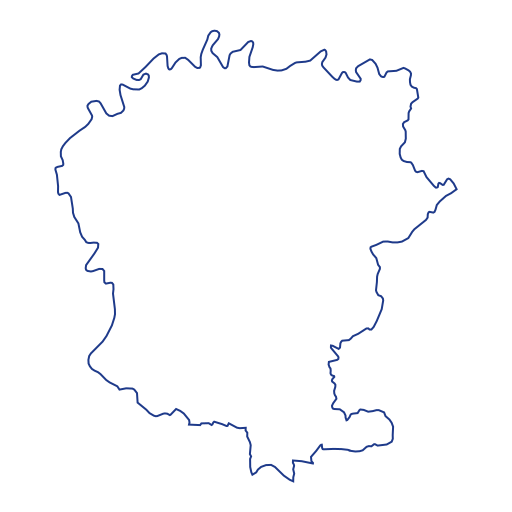 Lang Giang, Bắc Giang, Vietnam
{"feature_id": "81297802B94506734482800", "entity_name": "Lang Giang", "entity_type": "district", "adm_level": 2, "iso_a3": "VNM", "parent_name": "Vietnam", "parent_adm1": "Bắc Giang", "projection": "mercator", "projection_center": [106.283, 21.368], "detail": "fine", "context": "isolated", "style": "outline", "palette": "blue", "viewbox_px": 512, "rotation_deg": 0, "n_neighbors": 0, "source": "geoboundaries", "source_scale": "gbopen_adm2", "svg_char_len": 5908}
<svg xmlns="http://www.w3.org/2000/svg" viewBox="0 0 512 512"><path d="M252.4,474.7L256.2,472.4L257.9,469.6L261.1,466.9L266.0,465.1L271.1,464.9L275.0,467.0L283.8,475.6L289.8,479.8L293.2,481.3L293.3,477.2L294.2,473.6L293.2,469.3L294.1,465.8L293.8,464.4L292.9,462.8L293.0,460.5L301.7,461.2L312.9,463.5L313.0,463.0L311.4,461.1L311.0,456.9L316.2,450.9L320.3,445.4L321.1,444.8L321.8,444.7L322.1,447.8L322.7,449.1L323.7,449.3L333.8,448.9L341.5,449.1L347.8,449.8L349.6,450.3L349.6,450.7L355.4,451.5L359.7,451.2L362.7,450.3L366.6,446.8L368.8,446.1L371.4,446.3L374.1,444.2L375.0,444.2L377.6,445.6L386.7,444.5L391.7,441.7L392.8,438.8L392.7,435.1L393.1,426.7L391.6,422.7L389.4,419.5L385.5,416.1L384.1,412.4L378.7,410.1L376.6,410.1L372.8,411.1L368.2,411.7L363.7,409.9L360.3,409.5L359.5,410.1L357.6,413.1L353.1,413.6L351.4,414.0L350.6,414.7L349.6,417.0L347.3,420.0L346.5,420.3L345.6,417.6L345.5,415.5L344.0,412.3L339.8,409.3L334.1,409.0L332.8,408.5L332.1,406.9L332.0,405.7L333.2,403.2L336.4,398.8L336.0,396.7L335.0,395.3L334.3,393.5L334.1,390.9L335.3,386.9L335.4,384.8L334.6,383.5L332.1,381.5L331.9,380.5L332.3,379.2L334.3,376.9L334.1,376.1L332.2,375.5L331.0,374.6L330.5,373.2L330.7,370.7L330.5,368.5L329.5,367.2L328.6,364.5L328.9,361.9L337.1,359.9L338.3,359.0L338.5,357.5L338.2,356.5L331.1,348.0L330.9,347.3L331.0,345.5L332.7,345.8L338.6,348.9L340.0,347.6L340.4,343.3L341.2,341.7L342.2,340.7L348.9,340.1L350.7,338.7L352.9,336.2L358.2,333.8L366.4,328.5L368.3,328.4L369.5,329.5L371.4,329.5L373.7,326.9L376.8,320.9L381.7,309.2L383.2,300.5L382.9,298.5L381.1,296.2L378.3,295.2L376.5,292.0L376.0,290.3L376.9,282.1L377.1,276.6L377.7,274.0L379.9,268.9L379.9,267.1L378.1,264.8L376.3,258.1L373.1,254.4L371.5,251.6L370.4,248.8L370.6,247.3L371.4,246.7L376.3,244.9L383.2,241.6L387.7,241.5L392.6,242.4L397.5,242.4L401.9,241.6L408.3,238.1L412.3,231.7L414.4,229.2L426.0,219.9L427.6,217.6L427.8,214.2L428.5,212.5L429.2,211.9L429.8,211.9L433.3,212.6L434.5,211.9L435.5,209.7L436.8,205.0L439.8,201.4L446.0,195.9L451.1,193.2L456.6,189.2L453.7,183.5L450.2,179.3L448.5,178.6L447.1,179.3L443.7,184.8L442.6,184.9L440.2,183.2L439.1,182.9L438.4,183.7L437.8,187.0L436.8,187.6L435.8,187.6L433.8,185.8L426.5,177.1L423.6,171.2L421.9,170.9L417.4,172.2L416.1,171.8L415.1,170.7L412.9,165.1L411.2,162.6L410.3,162.2L406.9,162.0L403.6,161.0L401.8,159.7L400.6,157.4L399.7,153.9L399.8,148.9L401.1,146.3L404.9,142.3L405.8,138.7L405.7,131.6L405.3,130.2L403.1,126.5L402.9,124.0L404.1,122.2L407.7,120.4L408.5,119.4L408.6,113.0L409.2,111.3L411.1,108.5L410.5,106.6L411.1,103.7L412.5,102.2L417.7,98.6L418.3,97.6L416.9,89.1L416.1,88.2L413.9,87.7L411.8,86.6L410.5,84.8L410.0,82.2L409.9,79.2L410.9,75.3L411.0,73.5L410.1,71.7L408.6,70.4L405.2,68.5L403.5,67.9L396.4,70.8L387.9,71.4L386.6,72.4L384.4,76.7L383.8,77.0L382.3,76.9L381.0,76.3L379.2,74.0L377.5,67.7L375.6,63.8L372.2,60.0L369.9,59.4L358.1,66.2L356.1,68.3L355.8,70.2L356.1,72.1L360.7,78.8L360.6,80.2L359.7,81.6L356.9,81.6L350.3,80.0L348.0,77.5L345.7,72.9L344.9,72.2L343.9,72.0L342.7,72.2L341.9,73.1L338.5,79.4L337.5,79.9L336.3,79.9L334.5,78.8L332.3,76.8L323.4,67.3L322.2,65.6L321.9,64.0L322.3,62.1L325.5,57.6L326.5,54.4L326.1,51.4L325.2,50.1L324.4,49.7L320.7,51.4L310.2,60.6L305.5,61.7L296.6,62.4L295.1,62.9L290.2,65.9L286.4,68.8L281.6,70.4L277.6,70.6L273.0,69.9L262.7,66.5L253.9,67.1L251.6,66.9L250.4,66.5L249.4,65.3L249.0,62.5L249.4,56.9L252.7,47.3L253.3,44.1L253.1,42.5L252.2,41.4L251.0,41.0L248.2,42.0L240.5,50.0L232.7,51.8L230.5,53.6L229.6,55.2L227.4,66.5L225.8,68.2L224.6,68.2L223.0,67.0L217.3,57.1L212.6,53.1L211.3,50.8L211.2,48.7L212.0,46.7L212.8,45.2L218.0,39.1L219.1,36.5L219.4,34.5L218.9,32.8L216.9,31.1L214.4,30.7L212.2,31.2L210.7,32.2L208.3,35.6L207.3,39.6L202.8,49.7L201.3,53.9L200.7,57.2L200.9,65.3L200.1,67.5L199.4,67.9L197.3,68.0L195.1,66.8L188.2,59.9L185.2,57.8L181.7,57.9L179.3,58.9L175.5,62.5L171.8,68.2L170.9,69.1L169.7,69.5L168.9,69.2L168.3,68.3L167.6,66.0L167.0,56.4L166.6,55.0L165.5,53.5L162.0,53.3L158.8,54.4L153.6,58.5L145.6,66.9L138.5,73.5L132.8,74.8L131.9,76.1L131.8,77.2L133.2,78.5L136.5,79.9L139.0,80.0L140.7,79.2L143.4,74.6L146.0,73.6L148.1,74.5L148.8,75.7L148.9,77.6L147.7,81.6L144.8,85.7L141.8,88.2L139.2,89.5L133.2,89.3L130.3,88.6L122.7,84.6L121.1,84.4L120.0,85.6L119.6,89.7L120.5,95.1L124.3,107.1L124.1,108.8L123.4,110.5L120.9,112.9L117.5,113.8L112.5,116.1L109.1,115.7L106.3,113.4L100.6,103.3L99.0,101.5L96.5,100.9L91.3,101.7L88.5,104.0L87.5,105.6L87.5,106.8L87.9,108.1L92.0,115.5L92.2,116.7L91.6,119.2L88.3,123.9L85.3,126.8L79.5,130.7L70.1,138.0L65.5,142.8L62.9,146.2L61.3,149.3L60.8,151.9L60.9,156.3L62.7,160.2L63.3,163.7L63.2,164.9L62.1,165.9L57.5,166.9L56.0,167.6L55.5,168.1L55.4,169.6L56.9,174.7L58.1,186.2L58.0,192.1L58.4,193.7L59.5,194.9L65.4,192.9L67.4,192.8L68.5,193.4L71.0,197.0L72.8,208.6L73.0,212.8L74.3,217.0L78.4,223.4L80.2,232.3L82.1,236.8L84.8,239.8L86.3,242.2L88.2,242.9L90.2,243.0L93.7,242.6L97.0,242.8L98.3,244.0L98.0,247.7L94.4,253.5L86.1,265.1L85.7,268.1L86.0,269.7L87.4,270.9L90.9,271.5L93.0,271.1L99.2,268.9L102.5,269.0L104.2,271.0L104.2,280.6L104.4,282.3L105.9,283.6L110.5,282.7L112.0,282.9L113.3,284.5L113.5,289.2L113.0,293.6L114.9,309.2L115.0,314.2L114.3,317.9L111.9,325.4L106.5,336.0L102.6,341.6L90.9,353.4L89.2,356.0L88.4,359.9L88.6,363.6L89.9,366.3L91.9,368.9L94.5,370.6L98.0,372.2L100.5,374.1L106.2,380.0L109.6,382.4L117.3,386.3L119.5,389.6L126.2,388.3L132.5,388.6L134.3,389.6L137.0,393.1L137.6,402.6L146.3,409.7L149.5,413.1L153.9,415.7L155.7,416.2L157.2,416.1L163.2,413.7L164.9,413.4L167.3,413.7L169.8,415.1L170.5,414.8L176.1,409.0L180.2,410.9L183.8,413.5L189.1,420.0L189.5,422.5L189.0,424.6L200.1,425.1L201.4,423.4L208.7,423.2L211.6,425.0L212.4,424.4L213.3,422.5L214.2,421.7L222.0,424.1L226.5,426.0L227.5,425.9L228.8,423.3L237.0,427.7L239.8,428.2L245.7,427.8L245.6,430.5L247.3,432.7L247.2,436.5L249.9,442.1L250.7,445.2L249.9,454.1L251.1,456.4L250.1,458.9L250.2,467.0L251.3,472.2L252.4,474.7Z" fill="none" stroke="#1e3a8a" stroke-width="2"/></svg>